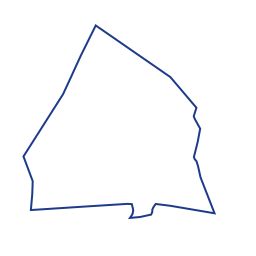 Jaguaruana, Ceará, Brazil, rotated 189°
{"feature_id": "56859067B92650873269192", "entity_name": "Jaguaruana", "entity_type": "district", "adm_level": 2, "iso_a3": "BRA", "parent_name": "Brazil", "parent_adm1": "Ceará", "projection": "albers", "projection_center": [-37.778, -4.886], "detail": "fine", "context": "isolated", "style": "outline", "palette": "blue", "viewbox_px": 256, "rotation_deg": 189, "n_neighbors": 0, "source": "geoboundaries", "source_scale": "gbopen_adm2", "svg_char_len": 624}
<svg xmlns="http://www.w3.org/2000/svg" viewBox="0 0 256 256"><g transform="rotate(189 128 128)"><path d="M211.1,31.8L206.1,32.9L156.4,44.1L116.6,53.0L112.3,53.4L111.4,51.2L110.5,49.2L109.9,47.0L110.1,43.9L110.8,42.0L112.0,39.5L102.1,42.0L91.6,46.1L90.9,48.9L91.2,51.2L90.6,53.4L89.7,55.5L88.7,57.3L73.8,57.8L29.2,57.3L48.7,90.7L52.8,101.1L55.2,106.0L57.1,107.5L58.4,109.6L57.8,116.0L57.0,125.1L56.6,138.6L63.4,147.3L64.9,149.9L63.6,158.7L94.1,184.9L175.9,224.2L185.9,192.2L191.1,173.7L191.5,172.1L197.4,151.3L224.9,87.9L226.8,83.6L213.8,60.6L212.2,47.6L211.1,31.8Z" fill="none" stroke="#1e3a8a" stroke-width="2"/></g></svg>